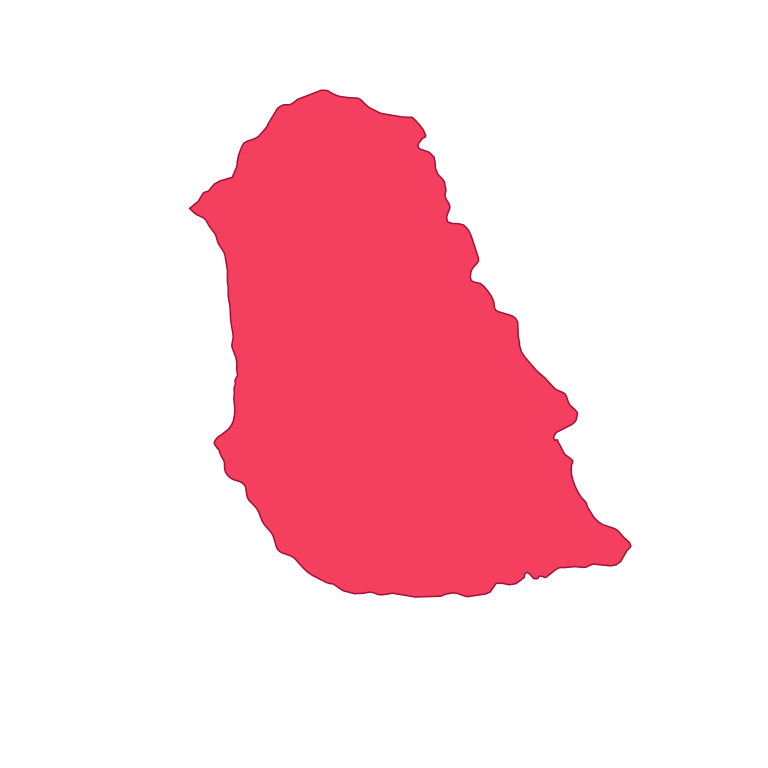 SVG path tracing the border of Entre Ríos, rotated 323°
{"feature_id": "ARG-1309", "entity_name": "Entre Ríos", "entity_type": "Province", "adm_level": 1, "iso_a3": "ARG", "parent_name": "Argentina", "parent_adm1": "", "projection": "orthographic", "projection_center": [-59.178, -32.1], "detail": "fine", "context": "isolated", "style": "filled", "palette": "rose", "viewbox_px": 768, "rotation_deg": 323, "n_neighbors": 0, "source": "natural_earth", "source_scale": "10m", "svg_char_len": 4297}
<svg xmlns="http://www.w3.org/2000/svg" viewBox="0 0 768 768"><g transform="rotate(323 384 384)"><path d="M515.6,435.0L515.5,434.6L513.1,441.1L512.7,447.6L513.9,465.6L516.1,475.6L517.6,490.6L518.8,493.5L522.0,498.9L522.6,501.1L522.2,503.9L520.3,509.5L519.8,512.7L521.0,519.3L521.3,522.9L520.2,524.6L515.6,528.5L514.2,529.0L511.2,529.4L509.7,529.4L492.4,526.4L488.0,528.2L487.4,529.0L486.6,530.3L486.4,531.6L488.7,532.7L488.7,533.8L488.2,535.3L487.9,536.8L487.6,539.9L486.3,546.4L486.1,549.2L488.0,555.5L488.6,558.9L487.3,560.3L485.2,561.4L482.7,564.1L479.3,569.2L477.0,574.5L475.1,580.8L473.8,587.3L473.3,593.1L474.1,599.7L473.8,601.2L472.6,604.1L471.5,614.9L471.5,618.1L472.5,623.9L474.5,628.7L481.1,638.2L482.1,640.7L482.7,643.5L483.1,650.2L484.6,658.2L484.3,659.7L483.7,661.4L483.6,662.2L477.2,663.5L466.2,668.2L460.4,668.1L455.4,665.5L443.1,654.0L440.9,653.1L435.0,651.8L432.8,650.4L426.2,644.5L417.4,639.1L415.4,637.4L412.9,636.0L409.7,635.6L397.1,635.9L396.0,635.4L395.4,634.4L395.0,633.4L394.6,632.9L394.2,632.7L393.1,631.4L392.5,630.9L391.7,630.9L391.0,631.3L390.4,631.7L390.0,631.9L388.8,631.4L387.8,630.8L387.1,629.9L386.7,629.8L386.2,628.3L386.2,624.8L385.9,622.9L385.0,620.7L384.2,620.2L383.1,620.6L381.3,621.0L380.9,621.3L380.0,622.6L379.6,622.9L369.2,622.9L363.2,619.7L358.5,614.3L353.6,610.7L346.8,613.0L343.7,614.0L339.1,613.0L323.0,604.3L321.3,602.6L316.6,595.5L314.3,593.2L312.3,591.7L306.4,588.8L303.7,588.2L301.6,587.6L280.7,572.9L265.0,556.3L259.1,553.2L255.3,551.0L252.5,548.5L251.9,547.6L250.4,544.9L248.3,542.4L246.9,541.3L245.9,540.9L244.2,540.0L242.1,539.1L234.3,533.8L227.3,525.0L226.6,523.7L223.4,513.9L222.8,512.8L222.3,512.3L221.1,511.3L220.5,510.7L218.4,507.6L211.7,493.9L209.9,488.6L208.8,482.8L207.7,469.6L206.8,466.8L205.5,464.3L200.9,457.4L199.9,455.0L199.6,452.4L200.0,449.5L203.5,440.3L204.3,437.0L204.5,434.0L203.8,425.3L203.9,422.3L204.4,419.3L206.9,410.6L207.3,407.7L207.3,404.7L206.2,396.0L206.4,393.3L207.3,390.6L211.3,383.3L211.8,380.6L211.2,377.5L209.8,374.7L206.2,369.7L204.7,366.5L204.1,362.9L204.3,359.2L205.6,355.8L209.1,351.0L209.9,349.0L210.2,347.5L210.7,342.9L212.1,338.6L212.6,336.3L212.1,334.4L212.3,334.3L212.6,333.9L212.3,332.7L212.2,331.4L212.4,330.0L212.9,329.0L213.8,328.1L214.8,327.6L218.1,326.6L220.6,326.3L223.3,326.7L231.8,326.5L234.4,326.0L237.0,325.2L239.4,324.0L241.8,322.5L245.9,318.8L249.5,314.6L255.5,305.0L258.8,301.4L260.4,298.9L261.3,297.7L263.1,295.9L264.8,295.1L265.2,294.7L266.6,292.2L267.4,291.4L268.3,290.7L269.2,290.3L271.0,289.6L271.9,289.1L272.6,288.4L274.9,284.0L279.9,277.5L280.6,275.5L281.1,275.4L284.8,263.1L286.1,261.1L291.1,256.5L292.6,254.7L300.0,240.6L307.4,229.8L312.3,220.3L318.0,212.6L320.6,207.9L327.4,198.9L334.7,185.0L335.5,182.2L336.0,173.8L336.5,171.1L339.1,164.0L339.4,161.5L339.4,153.0L340.2,147.5L340.3,145.1L339.9,142.8L336.3,136.0L335.5,133.6L334.4,126.8L344.6,126.4L346.1,126.1L354.2,122.8L354.8,122.7L355.3,122.7L355.9,122.8L359.2,124.1L360.2,124.2L368.7,122.2L375.2,123.1L387.2,127.6L396.7,122.1L399.3,120.0L400.2,118.5L405.2,114.0L412.0,109.6L415.1,108.1L417.0,107.3L421.0,107.8L428.2,110.2L432.0,110.7L433.3,110.7L443.7,108.5L446.0,107.7L448.3,106.4L464.4,99.9L467.9,99.8L469.7,100.1L471.4,100.5L472.8,101.2L475.7,103.5L476.3,103.9L477.9,104.5L480.5,104.8L486.4,104.7L510.8,111.7L514.7,114.9L515.9,116.5L516.2,117.5L517.4,120.5L519.2,124.1L521.8,127.8L529.1,135.0L534.8,139.6L536.4,142.5L536.8,144.4L537.7,151.0L538.6,154.4L543.5,164.4L544.7,166.3L559.2,181.7L565.8,187.1L566.8,187.6L567.7,191.4L567.9,194.0L568.3,197.6L568.4,203.7L568.2,205.3L567.4,208.8L566.7,211.0L565.2,211.5L562.3,211.1L557.0,212.5L554.6,214.0L553.6,216.6L554.4,218.3L559.6,226.1L560.5,233.0L558.1,237.9L554.9,242.7L553.2,249.1L554.0,255.6L553.9,259.4L552.7,261.1L550.1,266.6L549.1,267.5L547.1,269.1L546.2,270.1L545.0,273.1L544.3,279.7L543.1,282.4L541.1,284.1L536.4,286.9L534.0,288.9L532.4,293.3L535.4,297.1L536.9,298.3L540.0,300.8L543.3,305.0L544.1,311.5L542.9,317.9L535.2,340.3L533.9,342.4L530.9,343.6L525.0,344.7L522.2,345.9L520.3,347.3L516.8,351.2L516.0,354.2L517.5,357.1L521.4,361.6L522.5,366.2L522.9,372.4L522.5,379.0L521.1,384.6L518.4,389.1L517.6,392.1L519.0,395.2L527.3,406.6L528.6,410.8L527.9,415.3L520.0,426.6L516.8,433.0L515.6,434.6L515.6,435.0Z" fill="#f43f5e" stroke="#9f1239" stroke-width="1.5"/></g></svg>